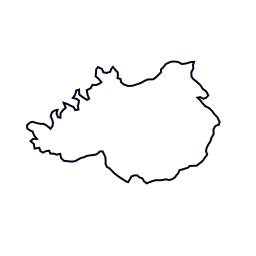 Jaborá, Santa Catarina, Brazil, rotated 329°
{"feature_id": "56859067B74919333247370", "entity_name": "Jaborá", "entity_type": "district", "adm_level": 2, "iso_a3": "BRA", "parent_name": "Brazil", "parent_adm1": "Santa Catarina", "projection": "robinson", "projection_center": [-51.784, -27.14], "detail": "fine", "context": "isolated", "style": "outline", "palette": "ink", "viewbox_px": 256, "rotation_deg": 329, "n_neighbors": 0, "source": "geoboundaries", "source_scale": "gbopen_adm2", "svg_char_len": 2346}
<svg xmlns="http://www.w3.org/2000/svg" viewBox="0 0 256 256"><g transform="rotate(329 128 128)"><path d="M85.8,73.3L85.0,78.6L81.4,79.2L77.6,80.8L75.4,84.4L73.5,82.7L74.2,78.7L76.9,76.1L74.1,75.3L71.0,75.4L67.8,78.0L67.3,81.8L66.5,84.7L64.3,87.4L61.2,88.8L59.6,84.1L57.7,80.8L55.1,79.4L52.0,76.5L49.5,73.6L47.1,72.9L43.0,73.5L41.4,76.5L42.6,79.3L44.4,81.9L43.7,86.1L44.3,90.4L40.9,88.4L37.7,89.1L39.1,93.4L37.3,97.5L41.8,99.3L41.0,102.6L42.4,105.3L45.8,105.6L48.7,106.8L48.3,109.9L51.4,112.0L53.2,114.1L56.6,115.3L55.2,119.4L56.1,123.0L59.0,125.3L62.9,128.1L66.0,129.3L68.7,129.3L72.3,129.5L75.6,130.5L78.4,130.7L81.6,132.0L84.3,133.3L86.8,134.2L89.4,134.2L91.8,133.6L94.2,135.0L93.9,138.4L93.6,141.3L92.1,144.4L90.4,146.9L89.8,150.4L91.3,152.9L92.1,156.0L92.9,159.7L94.1,162.7L95.6,166.3L97.4,169.7L98.5,172.3L100.2,174.5L103.1,173.0L105.8,171.3L109.1,171.9L111.5,173.4L112.4,176.2L114.4,178.6L114.3,182.0L115.5,185.1L118.0,185.4L121.5,186.1L125.0,187.0L128.2,189.1L131.3,190.6L134.2,191.5L136.4,193.8L140.0,194.7L142.7,194.5L145.0,193.5L147.8,192.6L150.5,190.7L153.4,191.6L156.4,192.3L158.8,192.9L161.4,192.4L164.0,193.8L167.5,195.7L171.9,195.1L175.4,194.5L178.7,193.0L182.2,191.6L182.9,188.1L185.1,185.6L188.1,183.7L191.3,182.1L195.1,179.0L198.2,177.4L200.5,173.3L203.8,171.3L207.6,171.9L209.7,169.9L210.1,164.7L209.1,160.4L208.9,156.8L207.7,152.6L205.4,149.0L204.6,144.7L204.2,141.5L203.2,137.8L205.8,138.7L207.6,141.7L210.6,142.3L213.7,141.4L213.8,136.7L212.2,132.9L212.2,129.1L211.4,126.0L210.4,122.8L209.1,119.6L208.9,116.6L211.0,112.8L214.6,110.7L216.2,107.4L218.7,105.3L215.4,103.7L211.0,102.6L207.1,100.9L205.1,97.4L202.2,95.0L198.8,93.3L195.7,92.9L193.2,92.7L189.9,94.0L186.4,94.8L185.1,97.2L181.9,98.0L178.6,98.8L175.0,99.3L172.7,98.2L170.3,96.7L166.7,96.1L163.8,96.1L161.0,95.8L157.3,95.0L153.1,93.9L149.6,91.9L146.9,88.6L145.6,85.1L146.9,82.2L144.7,79.9L146.5,77.6L147.8,75.1L147.1,71.6L146.6,67.9L144.2,68.7L141.6,70.7L138.1,69.8L135.6,67.6L136.1,64.1L133.7,60.3L130.8,61.5L128.8,64.5L126.9,66.8L128.4,71.5L128.7,75.1L125.6,75.2L122.6,74.7L119.8,72.7L116.4,74.7L112.1,74.3L110.3,79.1L109.8,82.8L107.3,82.8L105.2,78.5L103.4,74.3L105.8,69.9L103.0,69.2L99.8,72.3L96.2,73.8L99.0,76.6L100.1,79.3L98.2,81.5L96.2,83.5L95.1,86.6L92.0,85.5L92.1,81.9L89.9,78.8L88.2,76.0L85.8,73.3Z" fill="none" stroke="#020617" stroke-width="2"/></g></svg>